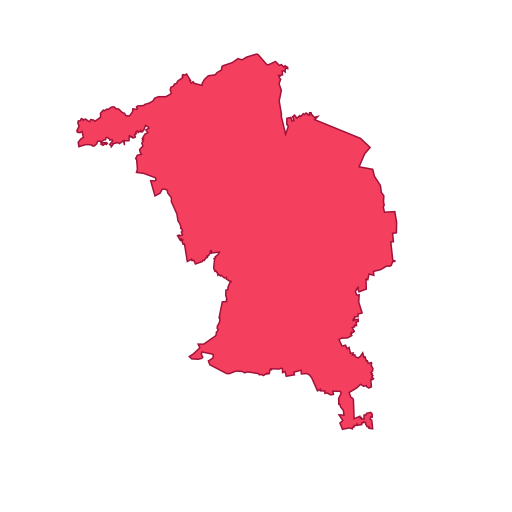 outline of Manlio Fabio Altamirano, Veracruz, Mexico, rotated 346°
{"feature_id": "50627088B96625037975079", "entity_name": "Manlio Fabio Altamirano", "entity_type": "district", "adm_level": 2, "iso_a3": "MEX", "parent_name": "Mexico", "parent_adm1": "Veracruz", "projection": "robinson", "projection_center": [-96.354, 19.086], "detail": "fine", "context": "isolated", "style": "filled", "palette": "rose", "viewbox_px": 512, "rotation_deg": 346, "n_neighbors": 0, "source": "geoboundaries", "source_scale": "gbopen_adm2", "svg_char_len": 6071}
<svg xmlns="http://www.w3.org/2000/svg" viewBox="0 0 512 512"><g transform="rotate(346 256 256)"><path d="M327.4,451.9L328.6,443.3L327.3,442.1L328.5,439.7L329.8,440.4L330.5,437.4L329.4,435.5L325.2,435.4L324.0,437.0L322.4,436.4L321.3,440.4L319.3,439.9L319.2,438.3L318.0,438.7L318.0,436.6L311.8,437.7L315.7,419.3L315.4,417.5L313.9,416.0L313.3,411.0L321.9,408.4L326.4,405.8L328.9,408.4L331.7,408.4L331.7,409.5L333.5,411.4L336.3,410.9L337.5,403.5L339.3,404.2L340.4,403.3L339.0,401.7L340.5,400.2L339.4,399.0L340.3,398.2L339.3,396.8L341.4,395.6L342.2,393.5L341.3,389.8L342.3,387.9L342.2,387.3L338.9,387.4L338.8,384.6L337.6,384.6L337.5,380.3L336.2,380.3L336.1,375.8L333.0,378.6L330.6,379.6L327.9,377.8L328.0,375.8L325.6,375.5L326.9,373.6L324.1,373.2L324.2,367.2L321.9,367.9L321.3,364.2L317.7,364.2L316.3,357.2L318.7,356.4L324.9,357.6L329.7,356.4L329.1,354.3L330.4,354.2L330.5,352.8L332.3,353.5L333.2,353.0L331.9,348.9L334.6,348.5L334.4,347.6L335.2,347.1L336.7,347.8L337.2,344.2L339.4,344.3L339.9,342.0L334.6,342.0L335.2,340.7L336.7,340.6L336.9,338.8L340.4,339.5L340.9,337.1L345.2,336.9L344.5,325.8L346.7,318.6L344.3,318.3L343.8,314.6L346.7,311.4L347.5,311.1L346.9,313.5L347.3,315.7L355.0,314.8L357.1,305.1L358.7,306.1L361.3,300.8L365.6,303.3L366.3,299.4L373.6,299.4L380.3,297.4L383.7,298.3L385.0,297.8L387.3,294.4L389.2,294.9L389.6,294.3L388.1,293.6L387.8,292.2L390.2,275.0L392.8,275.4L394.0,267.0L397.8,267.5L400.6,257.4L401.4,246.5L391.2,244.6L391.4,239.0L392.7,237.7L392.8,234.5L394.6,228.6L393.0,224.6L393.8,217.7L390.2,207.3L390.2,200.1L377.6,194.4L386.2,183.1L393.0,178.3L385.9,167.2L345.9,137.9L349.6,135.6L346.1,135.6L344.0,131.6L344.1,130.3L342.6,129.9L342.1,132.3L340.5,131.6L340.6,130.9L339.1,129.3L337.3,130.5L336.4,129.4L332.8,131.5L332.3,130.4L329.0,132.2L327.5,128.6L325.3,129.6L325.5,133.9L323.5,133.8L323.4,130.0L319.2,129.9L317.7,135.9L318.8,137.9L314.2,145.0L314.3,126.7L315.0,124.7L316.0,111.2L320.7,101.3L320.0,94.5L322.7,90.4L321.9,89.3L321.6,86.1L322.7,86.6L322.8,87.3L324.3,86.4L325.6,86.7L326.1,82.8L327.8,83.1L328.8,84.5L329.9,80.8L332.1,81.9L332.3,80.6L330.2,78.4L328.4,79.2L327.0,76.4L324.9,76.8L321.9,72.0L314.7,73.4L312.9,73.1L306.7,61.0L305.4,60.2L295.0,60.7L289.9,62.3L286.3,60.1L279.8,62.6L269.9,63.4L268.7,64.0L267.4,67.2L262.6,68.6L260.3,70.3L253.3,69.6L248.6,72.3L245.6,75.4L245.0,77.4L237.9,73.6L237.1,71.7L235.1,72.7L234.2,69.8L234.9,69.8L232.6,62.6L230.9,63.2L229.0,62.3L227.9,63.4L228.4,64.4L227.9,65.2L222.0,67.5L220.8,69.4L218.3,69.4L217.6,70.9L214.2,71.8L212.9,74.2L213.3,77.5L211.3,78.5L207.0,79.6L199.8,77.8L195.8,78.4L193.5,80.7L189.2,81.8L184.8,82.0L183.5,82.8L177.4,81.8L176.1,82.4L176.5,84.1L175.8,84.9L172.1,83.4L171.1,86.3L167.0,89.5L163.7,88.4L162.9,85.6L161.2,84.8L158.3,80.2L155.6,79.1L154.6,77.1L152.0,76.5L147.8,78.0L146.7,77.4L144.1,78.4L143.1,77.5L139.6,79.9L138.8,83.7L132.5,86.3L131.4,84.9L128.7,83.6L127.3,85.3L126.6,85.2L123.7,81.9L121.6,82.4L121.9,82.0L119.8,80.4L118.0,82.4L116.3,81.9L115.3,83.8L115.7,87.3L112.6,90.9L112.6,92.7L115.1,93.8L117.4,93.1L117.2,99.0L114.1,100.2L111.0,102.7L110.6,107.1L117.7,106.7L123.4,108.3L123.8,109.6L125.5,110.2L128.6,108.6L129.9,106.6L132.3,106.4L133.2,108.8L132.6,110.0L134.3,111.6L136.7,110.6L137.9,111.6L139.0,110.7L138.1,109.7L133.3,108.8L133.2,107.9L136.8,106.5L138.1,106.8L139.1,105.0L140.3,104.9L142.1,106.9L142.2,108.2L144.4,108.2L144.7,109.7L141.0,112.3L142.0,113.7L142.0,115.0L144.5,113.0L144.3,112.4L149.5,112.6L150.6,113.9L155.4,112.1L155.2,116.6L156.1,112.3L160.6,113.4L162.2,108.7L163.0,109.0L163.6,110.6L164.9,110.6L165.0,111.6L167.0,111.7L167.8,111.3L167.5,109.0L169.5,108.3L169.1,107.1L171.1,106.0L171.6,107.7L173.5,106.9L174.1,107.4L174.7,106.4L175.4,108.1L177.4,106.8L180.4,102.6L182.9,105.1L182.9,106.1L179.6,107.0L180.9,110.1L177.5,111.0L174.2,114.5L175.0,115.1L173.8,116.0L174.6,117.0L172.5,118.7L172.9,121.9L168.8,124.6L168.7,127.2L169.5,129.6L165.2,129.5L162.8,132.4L163.5,133.7L161.9,143.2L160.2,146.0L166.7,148.5L177.2,155.6L177.6,157.9L175.9,158.7L172.0,157.4L172.5,173.3L178.2,171.8L181.2,168.5L183.9,169.1L185.8,170.7L185.6,173.6L188.0,179.1L187.0,182.6L189.4,196.0L188.8,203.2L189.9,206.2L190.2,211.0L189.0,210.7L190.4,211.5L190.9,213.6L189.3,214.7L189.9,217.6L186.7,218.0L186.5,217.1L184.8,217.2L186.0,221.6L187.9,221.3L188.0,222.0L186.5,222.2L186.5,222.8L188.5,223.0L187.8,223.5L188.1,227.0L189.5,227.2L188.0,244.7L192.8,243.5L192.7,244.9L194.6,245.2L195.3,249.1L202.4,248.4L203.3,247.4L204.6,247.9L206.9,245.8L208.5,245.7L208.4,244.1L210.0,244.2L211.9,242.2L212.9,242.4L212.9,240.0L214.0,240.0L213.9,242.4L221.4,243.4L219.6,245.4L216.2,246.9L216.3,247.9L214.6,248.4L215.0,249.3L212.0,257.3L212.4,260.9L213.3,260.5L214.5,263.6L214.4,265.5L215.4,265.0L216.7,266.8L217.6,266.3L220.0,269.7L222.1,269.6L221.6,271.1L224.5,274.2L226.3,274.9L224.6,275.1L221.6,278.9L220.5,281.8L218.5,281.9L217.1,287.0L217.3,291.0L216.6,291.4L216.6,293.1L212.2,292.3L205.3,306.9L205.8,306.9L205.5,309.2L204.3,311.8L201.6,314.6L200.8,316.7L201.4,318.0L200.9,319.3L199.2,320.3L197.9,323.5L184.0,328.9L178.5,327.5L179.3,331.5L171.4,335.9L166.9,337.4L168.8,340.3L174.9,342.2L178.5,342.2L179.8,341.4L179.2,338.1L180.3,336.0L189.8,340.6L190.8,341.5L189.3,344.7L184.4,346.3L184.9,350.4L199.1,363.0L201.5,363.7L208.9,362.8L214.9,364.8L216.7,366.6L219.5,366.4L222.0,367.3L229.6,370.6L230.6,372.1L232.3,372.2L234.3,373.8L238.0,372.5L237.8,373.1L240.5,373.3L242.1,369.6L243.4,370.1L243.4,369.1L251.2,371.3L253.5,371.0L254.3,371.5L253.6,375.6L256.3,375.1L256.2,380.0L264.6,380.6L264.6,377.9L272.1,377.7L271.5,381.4L277.0,382.4L279.1,384.4L280.6,387.8L283.0,401.7L286.2,400.8L285.8,402.4L290.1,403.6L289.6,406.0L291.7,406.0L294.8,408.8L297.7,409.0L297.8,405.7L305.1,407.8L305.4,409.9L301.8,414.0L300.5,419.9L301.4,420.0L301.6,423.1L303.4,426.9L302.9,431.7L298.1,430.2L300.4,436.7L297.0,438.4L298.0,445.1L304.9,445.4L307.7,447.0L308.2,445.7L309.9,445.5L310.2,444.2L311.8,444.7L313.3,443.4L313.4,444.8L317.8,445.2L318.2,443.6L319.7,443.7L319.9,443.0L322.1,443.9L321.6,445.2L322.6,448.6L324.1,448.9L323.9,450.5L327.4,451.9Z" fill="#f43f5e" stroke="#9f1239" stroke-width="1.5"/></g></svg>